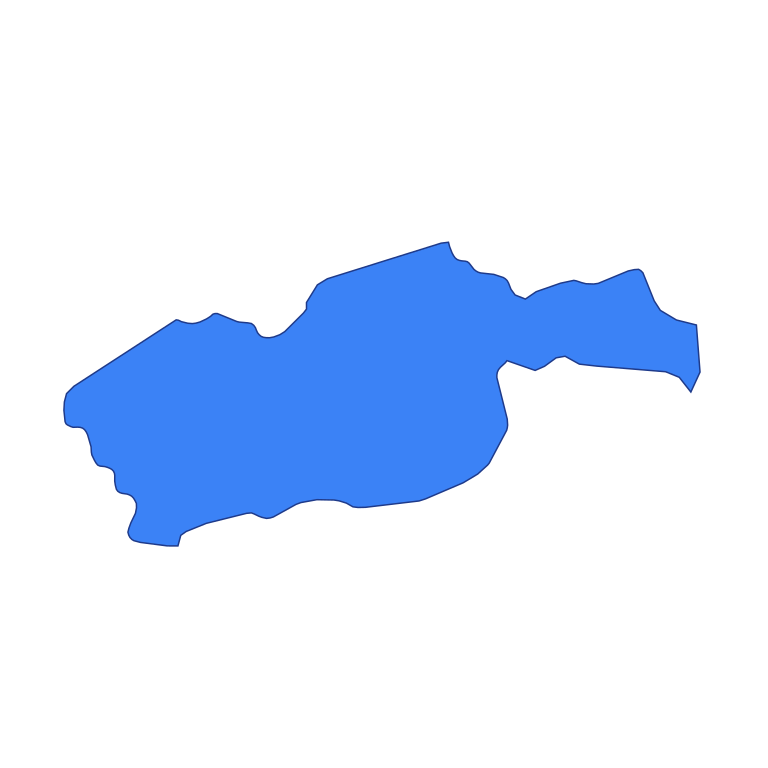 an SVG outline of Diourbel, rotated 343°
{"feature_id": "SEN-763", "entity_name": "Diourbel", "entity_type": "Region", "adm_level": 1, "iso_a3": "SEN", "parent_name": "Senegal", "parent_adm1": "", "projection": "albers", "projection_center": [-16.16, 14.769], "detail": "fine", "context": "isolated", "style": "filled", "palette": "blue", "viewbox_px": 768, "rotation_deg": 343, "n_neighbors": 0, "source": "natural_earth", "source_scale": "10m", "svg_char_len": 2292}
<svg xmlns="http://www.w3.org/2000/svg" viewBox="0 0 768 768"><g transform="rotate(343 384 384)"><path d="M582.3,339.2L595.8,340.4L597.9,341.5L602.7,344.9L606.5,347.2L613.8,349.7L618.3,350.4L650.5,347.3L656.8,347.8L661.0,348.8L662.7,350.7L664.1,353.3L666.7,383.5L669.8,394.4L682.4,408.3L700.0,418.9L689.7,465.0L675.1,481.4L668.3,463.9L656.9,454.6L592.5,429.0L576.6,422.1L565.3,410.4L556.3,409.3L542.7,414.0L532.5,415.2L508.4,397.6L506.4,399.1L500.1,402.1L497.6,403.8L495.8,405.9L494.6,408.3L493.8,410.9L491.6,453.6L490.2,459.5L489.1,461.9L487.8,464.1L461.5,490.4L459.4,491.8L447.3,497.5L430.9,501.6L390.1,506.0L383.3,506.1L330.2,496.5L323.1,494.5L318.4,492.4L313.2,486.9L306.9,482.6L302.2,480.3L286.0,475.0L269.9,473.1L264.7,473.4L239.3,478.8L235.9,478.8L232.4,478.2L228.2,475.8L225.6,473.8L221.7,470.2L219.5,468.5L214.8,467.5L173.3,465.3L151.7,467.2L145.4,469.3L139.6,478.6L129.3,475.4L104.8,464.3L99.0,460.7L97.4,458.9L96.2,456.5L95.7,453.8L95.8,450.8L97.9,447.3L101.3,442.8L108.5,435.0L111.1,430.1L112.3,425.8L111.8,422.7L111.1,419.9L109.9,417.5L108.2,415.7L106.2,414.2L101.6,412.0L99.6,410.6L98.1,408.8L97.3,406.5L97.5,402.2L98.1,398.1L99.8,392.7L100.1,390.5L99.8,388.2L98.7,386.1L97.1,384.4L95.1,382.8L93.0,381.4L88.3,379.4L86.5,377.8L85.5,375.3L84.8,372.4L83.9,366.5L84.2,363.7L85.5,358.4L85.7,345.8L85.2,342.7L84.3,340.1L82.9,338.1L80.9,336.7L78.5,335.7L74.0,334.5L72.1,333.2L69.3,330.6L68.3,329.1L68.0,326.8L70.2,315.6L73.1,307.7L77.6,300.4L86.8,295.5L204.0,261.9L205.9,262.8L207.2,263.9L208.4,265.1L214.1,268.5L218.4,270.2L221.9,270.8L226.2,270.9L233.2,269.9L236.9,268.9L239.1,268.1L239.6,267.8L239.8,267.6L240.1,267.5L240.9,267.2L242.8,267.2L245.2,267.9L261.5,281.2L263.7,282.5L271.6,285.7L274.9,287.4L276.6,289.8L277.5,292.5L277.7,295.3L278.1,298.1L279.1,300.5L280.5,302.6L282.4,304.1L285.0,305.3L288.1,306.3L292.3,306.8L298.8,306.4L304.4,304.9L327.7,292.6L331.8,289.7L333.7,283.4L349.3,269.7L360.6,266.8L479.8,266.0L487.1,267.3L486.9,271.9L487.4,278.4L488.0,281.5L488.9,284.2L490.3,286.3L492.2,287.8L494.2,288.9L497.6,290.3L499.4,291.4L500.7,293.2L503.6,300.8L505.0,302.8L506.7,304.6L508.8,306.0L521.1,311.3L529.3,317.1L530.8,318.9L532.0,321.1L532.6,323.9L533.1,330.6L535.4,337.2L544.0,344.1L556.6,340.2L582.3,339.2Z" fill="#3b82f6" stroke="#1e3a8a" stroke-width="1.5"/></g></svg>